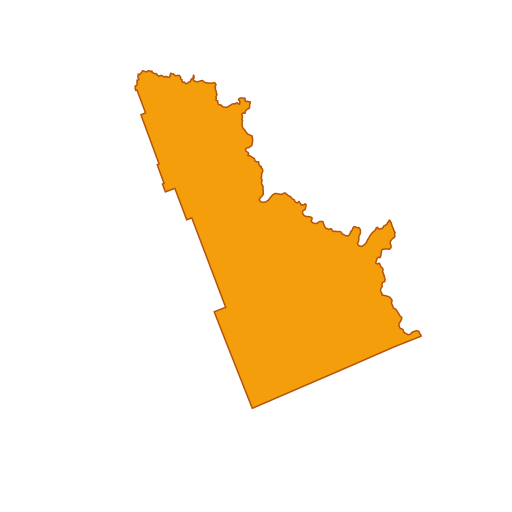 General Belgrano, Buenos Aires, Argentina (Natural Earth projection), rotated 25°
{"feature_id": "61730980B33550812065578", "entity_name": "General Belgrano", "entity_type": "district", "adm_level": 2, "iso_a3": "ARG", "parent_name": "Argentina", "parent_adm1": "Buenos Aires", "projection": "natural_earth1", "projection_center": [-58.766, -35.854], "detail": "fine", "context": "isolated", "style": "filled", "palette": "amber", "viewbox_px": 512, "rotation_deg": 25, "n_neighbors": 0, "source": "geoboundaries", "source_scale": "gbopen_adm2", "svg_char_len": 6104}
<svg xmlns="http://www.w3.org/2000/svg" viewBox="0 0 512 512"><g transform="rotate(25 256 256)"><path d="M374.7,192.0L374.6,190.6L374.4,190.1L372.2,187.6L371.5,185.9L371.8,185.3L372.1,183.4L372.8,181.6L373.5,180.8L373.7,179.7L372.8,178.5L372.2,176.8L372.2,175.9L370.3,174.8L367.9,172.2L366.8,171.5L365.7,170.1L365.1,169.6L364.4,168.5L363.7,168.3L362.1,167.1L361.6,167.3L361.4,167.7L361.7,169.3L361.1,170.4L361.3,171.5L360.7,172.9L359.2,174.6L359.0,176.8L358.6,177.9L355.9,179.7L355.6,179.7L354.1,178.7L353.7,178.8L353.4,179.2L353.0,180.0L353.3,181.5L353.0,182.4L351.7,185.4L350.8,188.8L350.6,192.2L350.2,194.6L350.4,196.2L349.9,198.8L348.7,201.3L347.4,202.8L347.0,203.0L345.3,203.1L344.0,202.8L343.1,202.3L342.6,201.6L342.8,199.6L342.1,197.0L341.2,195.8L340.9,194.7L341.1,193.6L340.8,190.6L339.4,188.1L337.6,186.9L336.8,186.8L336.1,187.6L335.4,187.9L334.1,187.5L333.5,187.5L332.9,187.7L332.2,188.4L332.0,189.9L332.4,190.7L332.3,191.3L331.6,193.7L331.8,196.0L331.3,198.4L330.4,199.2L328.5,199.7L327.3,199.7L326.4,199.5L325.0,199.7L322.9,198.4L321.8,198.4L321.0,198.6L320.0,199.3L317.0,200.3L315.8,201.0L314.9,200.9L312.6,199.5L311.9,199.7L311.2,200.9L310.8,201.2L309.1,201.0L308.1,201.3L306.6,201.0L305.1,199.5L303.8,198.5L302.4,196.8L302.0,196.6L301.0,196.8L299.1,197.9L298.6,198.4L297.9,200.1L297.0,200.9L295.9,201.6L293.5,201.9L292.1,201.5L291.3,201.1L291.1,199.6L291.1,198.4L290.5,197.7L289.7,197.6L287.3,197.9L285.6,198.8L283.1,199.1L281.2,198.5L279.8,197.1L279.4,195.9L279.5,195.4L279.8,194.6L280.5,193.8L280.8,192.8L280.2,189.7L279.8,188.5L279.5,188.1L278.8,187.9L278.3,188.2L277.6,189.6L276.4,189.9L275.7,190.6L275.2,190.6L274.1,189.6L272.6,189.0L272.1,188.4L271.8,188.5L271.4,189.7L270.8,190.5L269.6,190.6L268.7,190.4L267.0,189.0L264.7,188.8L261.5,187.5L259.7,187.8L258.2,187.1L257.3,187.1L256.1,186.5L255.8,186.5L254.3,187.7L253.5,189.0L252.4,189.7L251.2,189.9L250.1,190.4L248.7,190.5L246.6,191.5L245.3,193.5L244.2,197.2L244.0,198.5L243.5,200.4L241.8,203.0L239.1,204.6L238.1,204.9L235.9,204.3L235.2,203.6L235.2,202.8L235.4,201.2L236.5,197.8L236.4,196.7L235.2,194.1L234.0,192.4L233.1,190.1L231.6,188.8L231.0,188.6L230.1,187.6L230.0,186.8L229.4,184.6L227.5,182.9L227.4,181.3L226.1,178.5L226.4,176.9L226.2,176.0L225.4,174.8L224.6,174.2L223.7,173.9L223.2,173.2L223.1,173.5L222.3,172.8L220.9,172.5L220.4,172.2L220.1,171.6L219.6,171.3L219.1,170.2L218.3,169.6L217.2,170.2L214.7,170.3L213.8,168.7L213.1,168.3L211.7,168.3L208.3,167.7L207.2,168.2L206.2,168.3L206.1,167.5L206.3,167.0L206.1,166.4L205.8,166.1L205.0,165.5L202.9,165.4L202.3,165.1L201.8,164.3L201.5,163.0L201.6,162.6L202.3,161.7L203.7,160.8L204.2,159.7L204.9,158.9L205.5,157.2L205.0,155.9L204.8,154.4L204.2,153.3L203.9,152.0L202.7,150.6L202.4,149.6L201.8,149.0L200.8,148.9L197.4,149.0L196.1,148.7L191.8,146.2L190.6,146.0L188.3,143.9L188.0,142.7L186.8,140.6L186.5,138.7L185.2,138.0L185.2,136.3L184.9,135.4L183.2,133.6L183.8,131.9L185.1,131.7L185.8,130.9L185.2,129.3L185.4,128.0L185.6,127.4L187.5,124.9L187.4,124.1L187.0,123.4L186.9,122.8L186.2,121.3L186.0,119.1L185.6,118.8L184.3,119.2L182.9,119.3L182.0,120.1L181.1,120.2L180.3,119.9L180.0,118.4L179.5,117.9L179.0,117.7L175.2,119.3L174.3,120.2L174.0,120.9L174.0,121.5L174.4,122.0L175.4,122.2L175.9,122.5L176.9,124.8L176.8,125.4L176.0,125.5L174.0,125.2L173.6,125.4L173.2,125.9L172.9,127.0L171.3,127.4L169.9,128.8L167.5,132.5L166.3,133.9L164.0,134.6L162.3,134.7L160.3,133.9L159.2,134.3L158.0,134.5L156.5,133.4L156.1,132.1L155.7,131.6L154.3,131.7L153.8,131.4L153.5,131.0L153.5,129.8L152.5,128.9L152.4,126.3L152.2,125.8L151.1,124.8L150.5,123.7L148.6,122.0L148.2,120.6L147.2,120.0L147.1,119.6L147.5,118.0L146.6,117.0L145.5,116.4L145.1,116.4L143.4,117.7L141.0,119.0L137.2,120.1L135.6,120.3L134.1,119.7L133.2,119.6L131.8,120.6L129.9,122.5L127.7,123.4L125.3,123.3L124.4,122.3L124.4,121.4L124.6,120.7L124.4,120.1L123.5,119.1L123.0,118.0L123.0,119.3L124.0,120.7L123.2,121.9L122.5,123.9L122.9,124.8L122.5,125.8L121.8,126.4L121.1,128.2L120.0,129.3L119.2,129.3L118.1,129.0L117.6,128.7L116.1,129.6L115.0,128.7L114.6,127.6L113.0,127.4L112.2,126.6L112.2,125.9L111.9,125.6L110.2,124.8L108.5,125.5L107.2,126.5L106.6,126.7L103.9,125.9L103.0,126.5L101.7,126.3L101.5,127.5L101.7,128.5L102.2,129.1L102.0,130.2L101.0,131.1L98.7,131.2L98.3,131.4L98.1,132.2L97.8,132.3L96.3,132.5L94.3,132.2L93.0,132.9L92.6,133.9L92.2,134.0L90.4,133.9L89.7,133.3L88.3,132.9L88.0,133.0L87.5,133.5L86.0,133.6L84.2,133.3L83.9,132.7L83.5,132.5L83.1,132.6L82.8,133.2L82.2,133.5L81.4,133.1L79.4,134.1L79.3,135.2L79.1,135.4L78.0,135.7L75.1,135.9L74.8,136.7L74.8,137.3L74.5,138.8L73.8,140.1L73.9,140.7L73.7,140.9L72.5,141.1L72.9,141.5L72.9,142.9L73.8,144.4L74.5,144.8L75.1,145.5L74.8,146.3L73.9,147.0L74.7,148.2L74.7,149.2L75.3,149.7L75.8,150.8L75.7,151.9L74.7,152.9L75.1,153.4L75.1,154.0L75.7,155.3L77.0,156.7L77.9,155.8L95.4,173.0L92.0,176.6L129.2,213.5L127.9,215.0L142.0,229.1L140.8,230.3L146.8,236.2L153.9,229.0L177.9,252.5L181.7,248.6L250.2,315.3L241.7,324.2L259.5,341.2L317.0,395.6L386.3,317.7L419.9,279.6L439.5,258.9L438.8,257.8L437.3,257.3L436.0,255.9L435.1,255.5L433.6,255.7L432.8,256.0L429.9,258.8L429.4,259.9L429.0,261.7L428.0,262.5L426.7,263.1L425.3,262.8L422.9,262.8L421.6,262.0L420.4,260.6L419.3,260.4L417.7,260.6L416.7,260.3L416.2,259.9L414.6,257.9L414.1,257.1L414.6,254.2L414.6,251.5L414.2,250.3L412.4,249.5L411.5,249.4L409.8,248.0L405.6,245.4L403.9,245.0L402.8,245.1L402.2,244.8L400.7,243.2L398.6,241.4L398.4,240.9L398.5,240.0L398.1,238.9L397.2,238.0L394.8,236.9L393.6,236.8L390.4,237.2L388.1,237.7L387.1,238.2L386.7,238.0L386.2,236.9L384.4,235.7L383.4,234.6L383.1,233.6L382.9,232.4L383.3,230.3L382.3,229.1L381.9,226.8L382.3,225.9L383.4,225.0L383.2,224.1L383.3,223.4L382.9,222.6L381.3,221.1L381.0,220.0L380.0,219.5L379.6,219.1L379.5,218.6L377.5,216.9L377.2,216.2L377.2,215.5L377.0,214.7L375.9,213.6L374.3,213.2L373.0,212.4L371.0,210.5L370.1,210.9L369.5,211.9L367.9,211.9L367.5,211.7L367.2,211.0L367.1,208.7L366.8,207.4L367.1,205.8L367.8,205.2L368.9,205.2L369.2,204.7L368.9,202.6L367.6,198.6L367.6,197.6L368.0,196.4L371.3,194.4L373.8,193.6L374.4,192.9L374.7,192.0Z" fill="#f59e0b" stroke="#b45309" stroke-width="1.5"/></g></svg>